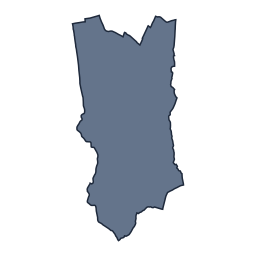 the district of Thung Khru, Bangkok Metropolis, Thailand
{"feature_id": "78962969B48707733075976", "entity_name": "Thung Khru", "entity_type": "district", "adm_level": 2, "iso_a3": "THA", "parent_name": "Thailand", "parent_adm1": "Bangkok Metropolis", "projection": "equal_earth", "projection_center": [100.498, 13.625], "detail": "fine", "context": "isolated", "style": "filled", "palette": "slate", "viewbox_px": 256, "rotation_deg": 0, "n_neighbors": 0, "source": "geoboundaries", "source_scale": "gbopen_adm2", "svg_char_len": 5664}
<svg xmlns="http://www.w3.org/2000/svg" viewBox="0 0 256 256"><path d="M87.4,191.4L87.7,191.7L88.9,193.4L89.2,194.1L89.3,194.8L89.2,195.5L88.5,197.1L87.5,200.4L87.3,201.3L87.4,201.7L87.4,202.1L87.6,202.4L88.0,202.8L89.3,203.8L90.5,204.9L91.0,205.2L91.6,205.4L92.4,205.4L94.2,205.3L94.6,205.3L95.1,205.5L95.5,205.9L95.7,206.4L95.9,207.1L96.1,208.2L96.3,211.0L97.6,217.3L97.7,219.9L97.9,220.6L98.3,221.5L98.6,221.9L99.0,222.2L101.6,223.6L102.7,224.6L103.3,225.1L104.0,225.5L108.7,228.6L111.0,230.5L111.9,230.6L112.2,230.7L112.6,231.0L113.0,231.4L113.7,232.5L114.9,234.0L115.9,236.2L116.8,237.3L117.0,237.7L117.7,239.5L118.5,240.6L119.3,240.1L120.1,239.4L120.7,238.4L120.8,238.3L123.1,237.7L123.8,237.4L124.1,237.0L124.4,236.1L124.6,235.8L124.8,235.8L125.7,236.2L126.1,236.2L126.8,235.9L128.8,234.8L129.3,234.3L130.5,232.6L131.3,231.3L133.0,228.1L134.2,226.6L134.5,226.1L135.2,224.7L135.6,223.7L135.7,223.0L135.5,222.0L135.4,221.4L135.6,220.3L136.0,218.6L135.9,216.7L136.0,215.8L136.1,215.1L136.6,213.9L136.9,212.9L138.0,213.4L138.4,213.5L138.6,213.5L138.9,213.2L139.3,212.8L139.4,212.6L140.7,212.2L141.4,211.9L142.7,210.7L143.0,210.5L143.7,210.4L144.0,210.2L146.7,207.4L147.3,207.1L148.2,206.8L149.6,207.0L149.8,207.0L150.3,206.8L150.6,206.8L151.2,207.1L152.0,207.5L152.5,207.6L153.3,207.6L154.3,207.1L154.6,207.0L161.5,209.1L162.7,209.3L162.8,208.8L162.8,208.4L164.9,200.1L165.7,196.8L166.1,195.6L167.4,192.8L167.6,192.5L167.7,192.4L170.5,190.9L172.3,190.1L174.5,188.7L176.9,187.6L180.1,185.9L181.2,185.5L183.5,185.0L183.4,183.8L182.3,178.4L182.1,176.3L182.0,174.0L182.0,173.7L181.8,173.5L181.4,173.2L181.2,173.1L180.3,171.0L180.2,171.0L179.7,170.9L179.3,170.8L178.7,170.5L178.5,170.2L178.1,169.4L177.8,168.9L177.5,168.6L176.8,168.0L176.7,167.8L177.4,166.5L177.4,166.3L176.1,164.3L175.6,164.5L175.2,164.7L174.8,164.5L174.4,164.1L174.1,163.5L173.6,163.2L173.4,162.8L173.3,162.5L173.4,162.0L174.1,160.2L174.3,159.6L174.4,159.2L174.3,158.6L174.0,157.5L173.9,156.9L174.1,154.5L174.1,153.3L174.1,152.6L173.7,151.2L173.6,150.0L172.9,148.6L172.7,148.2L172.7,147.9L172.7,147.5L172.8,147.2L173.4,146.0L173.5,145.3L173.1,143.7L172.9,142.2L172.7,141.1L172.5,140.3L171.7,138.1L171.7,137.9L172.0,136.8L172.0,136.2L171.9,135.8L171.5,134.6L171.4,132.9L171.2,131.3L171.0,130.7L170.4,129.4L170.2,128.7L170.4,127.7L170.5,125.3L170.4,122.6L170.3,122.2L170.2,121.9L169.3,120.3L169.0,119.8L168.9,119.2L168.7,117.0L168.7,116.3L169.0,115.7L169.3,115.4L170.0,115.0L170.1,114.8L170.2,114.6L170.1,112.2L170.7,111.4L172.2,109.4L172.8,108.5L173.2,107.8L175.0,103.7L176.2,100.0L177.0,97.9L176.9,97.7L176.3,97.2L175.9,96.8L175.0,95.0L174.4,93.6L174.2,92.4L174.1,91.0L174.2,90.4L174.6,89.4L173.8,88.7L173.0,87.7L172.5,87.3L171.4,86.7L171.1,86.4L171.0,86.1L170.8,85.2L170.6,84.7L170.9,83.2L170.9,81.9L171.1,81.0L171.6,79.6L172.0,78.4L172.0,78.2L171.8,77.7L171.8,77.0L172.1,76.4L172.2,75.9L172.7,73.1L172.4,72.2L171.4,72.0L171.3,71.8L171.2,70.1L171.0,69.1L171.1,68.2L171.3,67.9L171.8,67.1L172.1,66.7L173.4,66.3L174.6,66.2L174.6,63.4L174.5,61.7L174.0,60.1L173.6,58.0L173.5,57.1L173.6,55.9L174.5,55.6L174.4,55.4L174.0,54.6L174.1,53.7L173.0,49.7L173.2,48.9L173.8,47.2L174.1,45.4L174.8,36.3L175.1,29.9L175.2,29.3L175.3,25.8L175.5,22.8L175.5,22.1L175.7,20.7L175.8,19.7L175.0,19.8L173.8,20.2L171.2,20.8L170.8,21.0L167.5,22.2L167.1,22.2L166.6,22.2L166.1,21.9L164.7,20.8L160.6,17.2L159.3,16.8L158.9,16.8L158.4,16.8L157.7,17.0L155.6,16.3L153.7,20.8L153.1,21.9L152.9,22.1L152.4,23.1L151.6,25.0L151.6,25.3L151.4,25.7L150.4,27.5L148.2,25.8L148.0,26.0L147.3,27.7L143.7,35.4L142.3,38.3L142.7,38.7L141.6,41.4L139.9,45.0L136.7,42.4L136.7,42.0L136.4,41.7L130.1,36.0L129.8,35.8L129.5,35.7L129.0,35.3L128.5,35.3L127.7,34.7L127.1,34.4L126.9,34.2L126.4,34.0L126.2,33.7L126.1,33.3L125.9,33.0L124.7,32.4L124.1,33.2L124.1,33.7L123.2,36.1L123.2,36.3L123.0,36.8L120.6,35.4L118.9,34.6L115.4,32.6L113.6,31.8L113.2,31.6L112.0,31.1L111.6,31.1L110.3,31.1L108.5,31.5L106.5,31.1L105.9,30.7L105.3,30.2L104.6,29.3L104.4,28.9L103.1,25.3L101.5,21.9L100.1,18.4L99.7,17.1L99.2,15.4L97.7,15.9L90.0,18.1L85.0,18.8L85.2,21.8L82.7,22.0L79.3,22.6L75.3,23.2L72.5,23.8L72.7,24.6L73.1,26.8L73.2,29.0L73.3,29.5L73.6,30.3L74.2,34.0L74.3,35.6L74.6,36.8L74.6,37.4L75.1,41.1L75.4,43.0L75.4,43.3L75.5,43.4L75.7,45.2L75.7,45.6L75.8,46.7L76.1,48.1L76.3,48.7L76.4,49.5L76.5,50.1L76.6,51.1L77.4,56.2L77.8,59.4L78.5,65.0L78.8,68.9L78.9,70.3L79.0,71.3L79.7,77.6L79.9,81.4L79.9,83.1L80.0,84.0L80.8,88.1L82.3,94.8L82.7,96.5L82.9,96.8L83.1,98.2L83.3,101.6L83.4,105.5L83.5,106.1L84.3,108.3L84.5,109.0L84.7,110.6L84.7,111.2L84.5,112.6L84.4,113.1L84.1,113.4L83.9,113.6L82.5,114.2L81.9,114.7L81.4,115.2L81.2,115.6L81.2,116.0L81.2,116.7L81.3,117.3L82.0,118.5L82.1,119.4L81.9,120.0L81.7,120.2L80.4,121.2L80.0,121.7L78.9,123.9L78.4,124.6L77.8,125.5L77.0,127.0L76.9,128.0L77.0,129.6L77.3,130.1L78.4,131.0L79.2,131.6L80.0,132.3L80.8,133.2L81.1,133.9L81.4,134.7L81.6,135.9L81.7,136.3L82.5,137.2L83.5,138.0L84.3,139.0L84.7,139.6L85.5,140.8L85.8,141.2L86.2,141.5L86.8,141.7L87.7,141.7L88.1,141.8L89.4,141.8L90.1,141.9L90.6,142.2L90.8,142.5L91.0,143.1L91.2,146.8L91.3,147.0L91.5,147.1L92.5,147.3L93.9,147.4L94.3,147.8L94.8,148.6L95.8,150.4L96.9,152.3L97.6,154.1L97.9,155.2L97.9,156.0L97.8,157.2L97.7,157.8L97.4,158.1L97.4,159.1L97.4,159.5L97.6,160.8L97.7,162.0L97.7,162.7L97.6,163.6L97.4,164.3L96.8,165.6L96.4,167.0L96.0,168.7L95.9,169.8L95.9,171.4L95.7,172.6L95.3,173.9L94.6,174.9L94.2,175.7L93.2,177.8L93.0,178.4L93.0,178.9L93.1,180.1L93.3,181.3L93.3,181.8L93.2,182.3L93.0,182.9L92.8,183.2L91.8,183.9L90.2,183.2L90.2,183.3L89.9,183.9L87.8,187.5L87.4,188.3L87.2,189.3L87.2,189.9L87.3,190.4L87.5,190.9L87.4,191.4Z" fill="#64748b" stroke="#1e293b" stroke-width="1.5"/></svg>